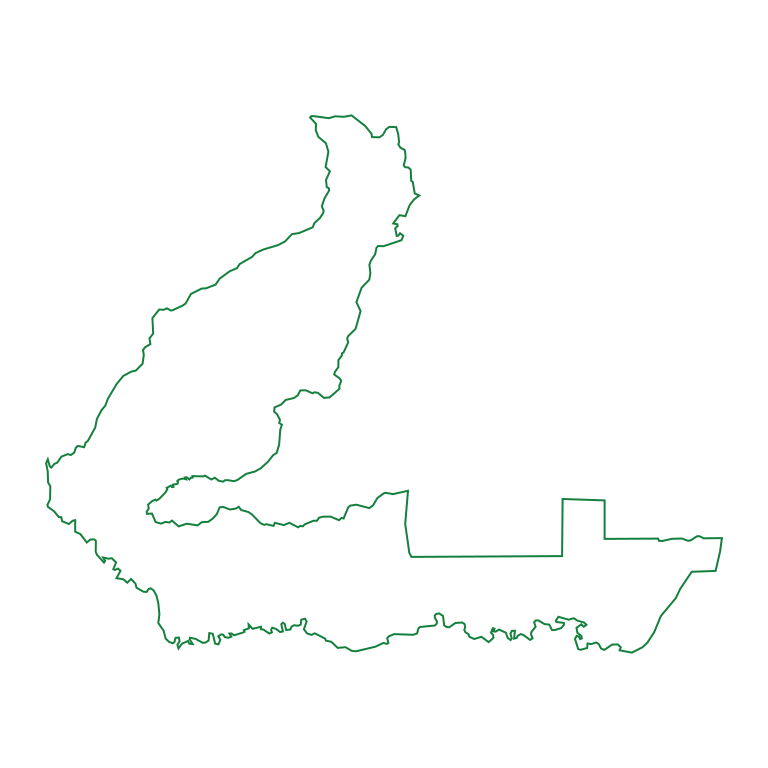 outline of Pimenteiras do Oeste, Rondônia, Brazil
{"feature_id": "56859067B54089399985643", "entity_name": "Pimenteiras do Oeste", "entity_type": "district", "adm_level": 2, "iso_a3": "BRA", "parent_name": "Brazil", "parent_adm1": "Rondônia", "projection": "mercator", "projection_center": [-61.562, -13.01], "detail": "fine", "context": "isolated", "style": "outline", "palette": "green", "viewbox_px": 768, "rotation_deg": 0, "n_neighbors": 0, "source": "geoboundaries", "source_scale": "gbopen_adm2", "svg_char_len": 6089}
<svg xmlns="http://www.w3.org/2000/svg" viewBox="0 0 768 768"><path d="M721.9,538.1L703.8,538.3L699.4,536.2L696.9,536.3L690.8,540.3L688.0,540.8L681.8,538.5L672.1,538.8L662.2,541.0L659.0,540.8L658.1,538.6L604.6,538.9L604.6,500.4L562.6,499.0L562.1,556.1L411.4,556.9L409.3,552.8L405.2,523.9L408.0,490.8L393.0,494.1L385.6,492.8L383.7,493.4L377.3,498.1L373.1,505.3L369.3,508.1L356.3,504.7L350.0,505.7L348.2,507.4L343.6,518.5L341.5,517.9L339.0,520.2L330.5,516.6L323.0,516.7L319.0,517.7L316.9,520.8L313.6,520.7L304.9,524.3L302.9,526.3L300.1,526.0L298.1,527.3L289.3,522.8L283.9,525.1L274.8,522.8L273.6,525.9L266.2,524.2L264.1,524.9L260.4,523.1L251.8,514.3L248.3,512.0L241.1,510.0L238.8,506.8L235.6,508.6L230.0,509.5L223.3,507.0L219.7,507.3L216.9,514.0L213.1,518.3L208.3,521.8L201.7,522.2L197.6,525.4L186.9,523.7L178.6,526.4L172.0,520.6L169.4,522.5L165.5,521.9L161.1,523.6L155.7,522.1L151.9,513.5L147.0,513.9L146.7,511.6L148.7,508.6L148.1,504.6L152.2,501.1L155.3,499.6L156.3,500.6L159.3,498.8L165.5,492.4L167.4,489.2L166.6,487.9L170.9,485.6L172.1,487.2L173.5,486.9L173.0,484.6L177.3,483.9L178.1,482.3L177.3,481.1L178.6,479.7L182.8,478.5L186.0,479.3L185.1,477.5L186.6,477.3L189.4,479.4L190.9,477.7L192.6,477.6L192.4,476.1L203.3,476.4L204.9,475.6L211.3,479.5L214.8,477.7L218.9,480.9L223.2,481.6L225.1,480.2L228.1,480.2L233.8,481.2L237.4,480.0L246.1,473.9L255.0,471.5L260.7,468.3L267.8,461.9L273.2,455.1L276.6,453.0L279.1,444.8L280.3,429.6L281.9,424.7L279.2,423.0L280.0,420.0L277.2,414.4L274.1,411.6L274.6,407.4L280.9,404.7L285.8,399.9L294.0,398.0L297.7,395.4L300.3,390.4L305.8,390.3L312.5,393.3L314.5,392.3L317.9,392.8L324.0,397.9L329.7,397.4L339.5,388.7L339.3,385.7L341.2,381.0L339.7,378.4L334.2,374.5L334.7,372.3L338.4,367.0L338.4,360.2L341.9,355.3L342.0,353.3L343.6,352.4L348.2,342.3L347.2,338.8L347.9,336.4L355.6,328.8L360.6,311.1L356.4,302.2L361.6,287.7L369.3,279.7L370.4,273.2L369.4,264.8L370.9,260.6L375.1,254.4L376.5,247.7L378.1,246.0L383.5,246.2L401.5,240.2L403.3,235.8L400.0,233.3L398.2,235.7L396.7,235.9L395.2,228.3L397.7,226.0L397.2,224.2L393.2,223.5L399.4,215.2L405.4,216.2L409.6,205.2L414.0,199.5L419.2,195.5L414.7,193.4L412.8,182.0L411.2,180.8L410.7,169.6L408.3,167.5L405.1,167.2L403.7,165.4L405.6,158.0L405.3,153.2L404.6,149.9L400.4,147.7L398.3,144.2L399.1,142.2L398.2,134.1L396.2,127.1L389.3,126.9L386.1,129.2L383.0,134.8L379.5,137.3L372.0,137.1L371.5,133.8L365.3,126.1L351.6,115.4L343.8,116.8L335.0,116.3L328.9,118.2L313.6,116.1L311.4,116.1L310.1,117.5L316.0,123.8L315.8,130.5L318.4,136.9L325.9,143.2L328.4,151.7L325.6,167.0L329.9,171.3L326.0,180.0L326.8,187.2L328.8,188.1L329.1,190.6L324.6,198.2L321.8,206.3L323.6,210.8L323.3,212.9L319.9,218.0L314.4,223.1L312.7,227.3L299.0,233.1L292.0,234.1L285.1,241.4L278.1,245.1L263.4,249.5L255.5,253.1L252.2,256.8L239.7,264.0L236.9,268.2L229.8,271.2L219.7,278.6L215.6,284.6L205.7,288.4L201.8,288.5L191.0,293.9L185.6,303.5L182.8,305.5L172.7,310.2L170.7,310.5L167.0,308.3L163.6,309.8L159.2,309.5L152.4,318.2L153.2,333.5L149.5,338.4L150.4,344.1L145.3,347.1L143.0,350.0L143.8,355.0L142.6,363.7L135.8,370.6L131.1,371.7L123.3,375.9L116.7,383.9L107.8,398.9L105.3,405.7L101.6,410.0L96.9,419.0L95.2,427.6L87.8,441.0L85.6,442.6L84.2,447.2L77.9,445.9L75.8,447.7L74.3,452.6L70.8,455.0L67.8,454.1L61.4,456.6L57.2,462.7L54.3,463.9L51.3,467.6L49.8,466.4L47.8,459.3L46.1,463.3L47.7,471.1L48.1,482.5L50.3,486.2L50.1,499.3L47.4,505.0L47.9,506.8L54.1,511.3L58.8,517.1L61.3,517.1L62.1,521.2L68.9,524.0L72.7,520.7L75.2,520.2L75.2,531.7L80.3,534.0L86.8,542.5L90.4,539.5L94.3,539.4L95.9,540.9L95.7,551.7L96.9,554.7L104.0,562.6L105.1,560.8L103.1,557.5L108.6,558.7L111.8,558.2L116.1,562.5L113.3,569.2L114.7,570.0L118.0,568.6L120.5,570.8L116.5,578.2L123.3,579.2L127.3,582.7L131.0,579.0L135.5,583.7L136.5,587.7L143.4,591.7L146.7,591.9L148.5,589.1L150.6,588.3L153.6,590.4L156.3,595.2L158.3,603.1L159.4,614.3L158.3,623.0L163.7,630.9L165.6,638.5L168.9,641.8L172.8,643.3L174.4,642.1L175.6,637.8L178.9,637.6L179.6,641.4L177.4,644.7L178.5,648.4L182.0,643.7L188.0,641.0L189.3,643.7L192.7,644.1L189.7,639.4L190.0,637.8L195.4,638.8L202.9,642.9L205.7,642.5L208.6,640.5L209.3,633.1L212.8,633.8L215.1,643.6L218.5,644.3L220.3,639.8L218.3,636.2L221.2,634.4L223.1,634.6L224.8,637.1L228.4,637.8L231.3,636.7L229.4,633.5L231.6,633.5L234.0,635.3L242.5,632.7L244.5,631.8L243.9,630.1L248.9,628.3L248.6,624.4L252.6,628.8L260.9,626.8L260.9,629.2L263.5,629.6L269.2,633.5L271.9,632.4L271.1,629.7L272.2,627.7L276.2,629.0L280.0,632.0L282.9,631.5L281.3,624.3L282.8,622.7L284.7,624.0L286.2,630.0L290.4,629.5L291.6,626.6L294.1,625.2L298.0,625.8L300.7,624.6L301.3,619.7L305.0,618.7L306.6,621.5L303.9,629.2L307.0,633.4L311.5,634.9L314.7,633.3L325.1,638.6L325.9,640.6L331.3,641.8L337.7,647.9L345.5,647.2L351.6,650.8L355.9,651.3L375.4,646.7L383.2,643.0L387.1,643.8L388.4,642.9L387.2,638.3L388.9,636.2L394.4,634.1L413.2,634.8L417.1,633.4L418.5,628.3L420.0,627.0L435.0,625.5L436.8,623.5L436.9,621.4L434.8,617.6L434.8,615.5L436.2,614.0L439.1,613.4L443.0,615.9L444.2,625.4L446.7,627.1L449.2,627.3L455.4,623.0L462.1,622.5L464.5,623.9L465.2,627.0L464.3,630.0L465.4,632.2L468.5,634.2L469.2,636.7L474.2,639.0L481.4,636.8L488.6,642.1L493.4,637.9L493.2,635.1L491.0,632.6L492.8,628.2L494.5,628.7L493.6,631.4L495.7,631.6L499.0,629.6L505.9,632.7L507.6,637.8L510.6,640.1L511.8,638.4L510.4,633.7L511.9,630.9L514.9,630.7L514.1,638.6L516.8,637.8L517.7,635.8L520.6,634.1L523.3,634.9L530.1,639.9L532.6,638.3L531.0,634.4L531.4,632.1L535.6,626.7L534.1,622.3L535.6,620.5L538.3,620.4L544.6,624.1L549.3,624.6L552.0,630.1L555.0,630.0L561.2,628.1L563.9,624.8L563.9,622.9L556.5,622.0L555.9,620.6L558.4,616.8L568.7,619.7L573.8,618.2L577.4,620.6L584.0,622.5L586.4,624.8L583.8,626.7L581.3,624.3L576.5,627.8L577.4,632.8L581.3,635.9L581.8,638.4L580.1,639.1L579.0,636.7L576.7,635.8L575.0,638.9L578.2,649.1L580.6,649.8L587.1,648.0L587.6,643.4L591.0,644.1L596.5,642.5L598.9,644.3L601.0,648.4L604.3,649.9L612.1,644.6L617.8,644.4L620.8,647.3L619.6,650.3L631.9,652.6L642.6,647.2L647.4,642.6L654.2,632.2L660.9,616.0L675.8,598.1L680.2,588.9L691.7,571.8L715.6,570.9L720.1,551.4L721.9,538.1Z" fill="none" stroke="#15803d" stroke-width="2"/></svg>